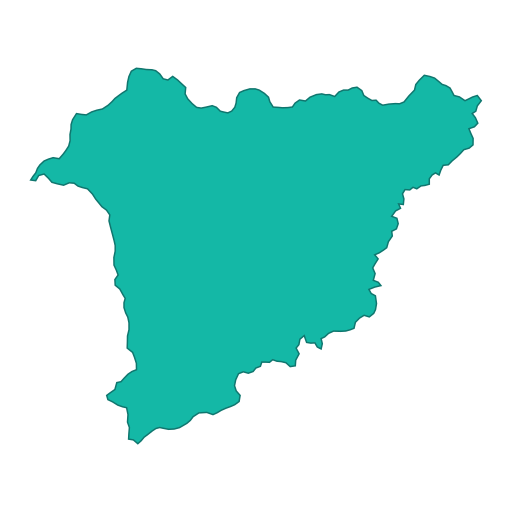 the district of Campo Belo, Minas Gerais, Brazil
{"feature_id": "56859067B10517549760367", "entity_name": "Campo Belo", "entity_type": "district", "adm_level": 2, "iso_a3": "BRA", "parent_name": "Brazil", "parent_adm1": "Minas Gerais", "projection": "natural_earth1", "projection_center": [-45.252, -20.941], "detail": "fine", "context": "isolated", "style": "filled", "palette": "teal", "viewbox_px": 512, "rotation_deg": 0, "n_neighbors": 0, "source": "geoboundaries", "source_scale": "gbopen_adm2", "svg_char_len": 3743}
<svg xmlns="http://www.w3.org/2000/svg" viewBox="0 0 512 512"><path d="M137.8,443.7L141.1,440.8L144.1,437.2L148.1,434.2L152.4,430.8L155.9,428.5L159.7,427.5L163.4,428.3L168.6,429.3L174.2,429.0L179.5,427.6L183.3,425.4L186.9,423.3L190.3,420.4L193.1,416.7L198.9,412.9L206.8,412.4L213.0,414.6L217.2,412.7L221.2,410.3L225.9,408.2L230.6,406.5L234.7,404.7L239.1,401.5L240.1,395.4L236.2,390.9L234.5,385.7L235.7,379.8L238.5,373.7L243.3,371.8L248.3,373.2L253.1,371.5L255.9,368.0L260.4,366.3L261.8,362.1L265.6,362.1L269.5,362.3L272.7,359.7L276.9,361.2L281.2,361.6L285.9,362.7L290.2,366.6L295.3,365.8L295.7,360.2L299.1,353.8L296.1,348.1L298.9,344.6L299.9,339.2L304.2,335.6L306.6,342.4L310.8,343.1L314.9,342.9L317.3,347.0L321.1,349.0L322.3,343.7L321.1,338.6L324.7,336.9L328.5,333.4L333.5,331.1L340.7,331.3L345.8,331.0L350.1,329.8L354.0,328.3L355.4,322.3L359.5,318.1L364.1,315.3L369.3,316.9L373.7,313.4L375.5,309.6L376.5,303.6L375.4,295.8L371.2,293.5L368.9,289.4L374.7,287.1L380.9,285.6L378.3,282.3L373.3,280.3L375.1,273.6L372.7,267.9L374.9,264.0L378.1,258.9L374.7,254.8L379.3,252.8L383.3,250.2L386.7,247.7L388.4,241.7L392.3,236.0L391.7,231.3L396.4,228.9L398.2,223.7L396.9,218.3L391.7,216.3L395.6,210.9L400.5,208.3L398.6,203.9L403.3,204.5L403.9,198.9L402.5,193.8L405.0,189.6L409.8,189.9L413.0,187.3L416.8,188.8L421.0,185.9L425.0,185.4L429.3,184.2L429.3,178.8L432.1,175.0L435.5,172.9L439.1,175.0L440.8,170.1L443.2,165.3L448.3,164.8L452.2,160.8L456.8,157.0L460.4,153.5L463.8,149.7L469.2,148.1L473.0,144.9L473.1,138.4L470.7,133.1L468.9,128.7L474.4,126.8L477.8,123.2L475.4,117.7L472.2,113.5L475.8,111.2L477.3,105.9L481.3,100.7L477.3,95.5L472.6,97.0L469.0,98.8L465.0,100.7L459.4,96.9L454.0,95.5L452.1,91.8L450.0,88.0L445.9,85.6L442.1,84.4L439.1,81.8L434.6,78.1L429.9,76.5L424.3,75.3L419.3,80.2L415.8,84.5L414.5,90.1L409.0,95.8L404.0,102.0L399.5,103.8L395.4,103.6L388.9,104.1L382.7,105.2L378.9,103.2L376.1,100.2L371.9,100.5L367.8,98.2L363.8,95.5L361.8,90.6L357.0,87.2L352.2,88.0L348.1,90.1L343.5,90.1L338.9,92.0L334.7,96.5L329.4,94.6L325.6,94.8L321.8,93.9L316.4,94.6L310.0,97.2L305.5,101.0L299.5,100.0L295.1,103.1L292.4,107.0L287.9,107.6L282.6,107.8L278.3,107.4L273.2,107.1L269.8,101.7L268.5,97.2L264.4,93.4L259.2,90.1L255.3,88.9L249.8,88.9L243.9,90.6L239.6,92.5L236.7,97.7L236.1,103.1L234.8,107.3L231.7,111.1L227.8,112.9L224.0,112.1L220.3,111.2L216.4,107.3L212.2,105.7L206.2,107.1L201.2,108.1L196.6,107.4L192.1,103.6L187.7,98.8L185.1,93.9L185.7,87.5L181.1,83.3L177.6,80.0L172.7,76.4L167.9,80.0L163.2,78.8L159.8,74.0L155.7,70.7L152.1,69.8L146.1,69.5L141.5,68.8L136.3,68.3L131.3,71.2L128.9,76.6L127.6,82.3L126.8,90.1L121.7,93.4L118.2,96.0L115.0,98.4L112.0,101.7L108.2,105.2L102.4,109.0L96.9,110.2L91.7,111.9L86.3,114.9L81.3,114.4L76.5,113.6L72.6,119.7L71.1,124.5L71.0,129.1L70.0,134.5L70.1,140.7L68.7,146.1L65.8,150.6L63.2,154.1L59.2,158.7L53.1,157.7L48.5,159.1L44.1,161.0L40.0,164.8L37.5,168.4L35.8,172.8L33.0,176.4L30.7,180.0L35.7,180.7L38.7,175.5L44.1,174.0L48.5,178.3L51.9,182.3L57.3,183.8L63.6,185.2L69.2,182.8L74.2,183.2L78.0,186.1L82.2,187.5L87.5,188.8L92.5,194.1L95.7,199.1L98.9,203.0L101.9,206.7L106.5,210.1L109.8,214.9L109.0,220.9L110.6,227.3L112.6,234.8L114.2,240.9L115.2,245.5L115.2,251.2L113.9,257.5L114.0,265.1L116.4,270.3L118.1,275.0L114.9,279.5L115.2,285.2L119.8,289.0L122.9,294.6L125.2,298.4L124.0,302.7L124.0,307.6L125.7,312.9L127.8,317.1L129.0,322.8L129.0,329.7L127.5,336.0L127.4,342.2L127.2,348.1L132.6,352.4L134.5,357.3L136.4,363.3L136.5,369.7L132.0,371.5L128.0,374.2L124.4,377.9L121.0,381.7L116.8,382.6L114.9,389.5L110.2,392.8L106.7,395.4L107.9,399.6L112.5,401.8L117.8,405.1L122.6,406.8L126.6,407.7L128.0,414.6L127.5,422.1L129.4,427.5L128.9,433.7L128.6,439.1L133.4,439.9L137.8,443.7Z" fill="#14b8a6" stroke="#0f766e" stroke-width="1.5"/></svg>